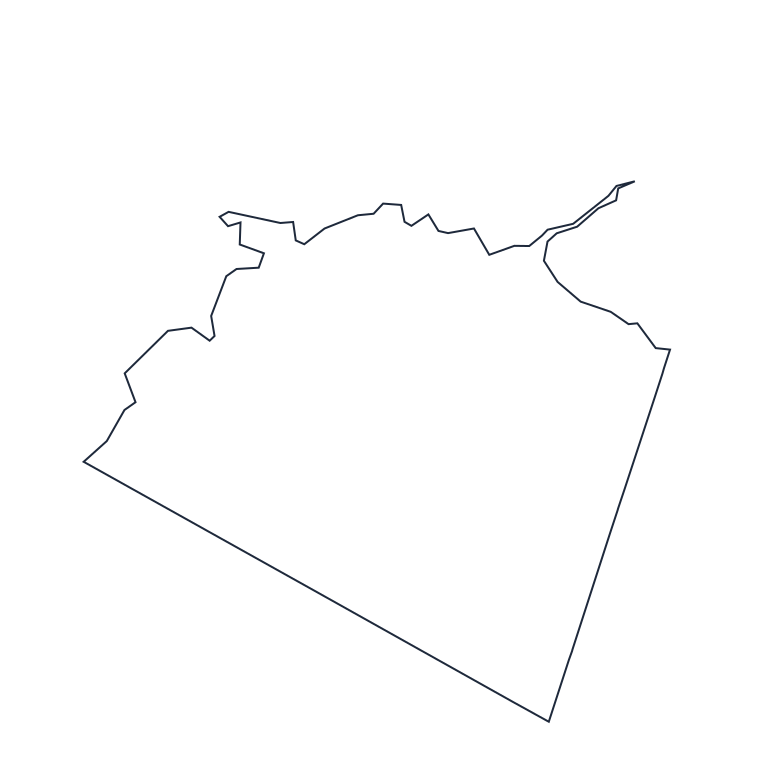 outline of Halifax, Virginia, United States of America, rotated 288°
{"feature_id": "52423323B86622272902322", "entity_name": "Halifax", "entity_type": "district", "adm_level": 2, "iso_a3": "USA", "parent_name": "United States of America", "parent_adm1": "Virginia", "projection": "albers", "projection_center": [-78.814, 36.802], "detail": "fine", "context": "isolated", "style": "outline", "palette": "slate", "viewbox_px": 768, "rotation_deg": 288, "n_neighbors": 0, "source": "geoboundaries", "source_scale": "gbopen_adm2", "svg_char_len": 1090}
<svg xmlns="http://www.w3.org/2000/svg" viewBox="0 0 768 768"><g transform="rotate(288 384 384)"><path d="M113.7,645.1L120.9,645.1L121.6,645.1L178.4,645.1L178.8,645.1L188.3,645.4L189.4,645.3L307.1,645.1L313.0,645.1L314.0,645.1L336.9,645.2L337.1,645.1L358.6,645.3L359.3,645.3L454.9,645.6L479.8,645.6L485.5,645.4L505.1,645.4L502.1,631.3L520.0,606.2L516.5,598.1L522.7,577.3L523.1,545.6L534.7,517.6L550.6,498.0L570.0,495.5L580.7,501.7L593.3,519.1L617.4,533.6L630.4,548.0L642.4,546.3L654.3,559.9L644.2,543.9L632.3,539.3L594.8,514.4L581.3,491.9L574.0,488.4L560.1,479.5L555.7,465.3L539.4,444.2L559.7,421.5L547.3,398.3L546.4,388.5L559.0,373.8L542.9,361.2L544.6,353.4L559.6,345.0L555.3,327.4L542.7,321.5L536.4,307.0L513.5,279.4L492.3,265.0L493.3,255.7L510.0,247.5L505.1,235.7L499.7,183.0L492.2,176.0L485.9,186.9L493.3,197.6L472.1,203.7L471.2,229.4L455.9,228.9L447.8,208.2L437.8,200.7L395.3,198.6L377.3,208.0L371.3,204.8L378.1,183.5L367.8,162.1L314.0,134.1L289.9,153.3L279.1,145.2L244.1,138.0L217.2,122.4L163.4,394.3L121.4,605.2L113.7,645.1Z" fill="none" stroke="#1e293b" stroke-width="2"/></g></svg>